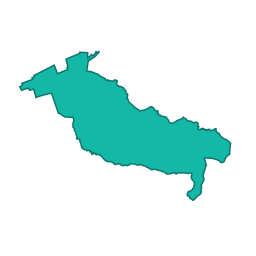 Tarlungeni, Brasov, Romania (orthographic projection), rotated 348°
{"feature_id": "2599482B11414107906146", "entity_name": "Tarlungeni", "entity_type": "district", "adm_level": 2, "iso_a3": "ROU", "parent_name": "Romania", "parent_adm1": "Brasov", "projection": "orthographic", "projection_center": [25.868, 45.603], "detail": "fine", "context": "isolated", "style": "filled", "palette": "teal", "viewbox_px": 256, "rotation_deg": 348, "n_neighbors": 0, "source": "geoboundaries", "source_scale": "gbopen_adm2", "svg_char_len": 5943}
<svg xmlns="http://www.w3.org/2000/svg" viewBox="0 0 256 256"><g transform="rotate(348 128 128)"><path d="M184.2,129.1L182.1,130.4L178.4,130.7L174.2,132.3L172.3,132.6L170.3,131.9L169.3,130.6L169.4,129.5L168.8,128.0L168.3,127.4L168.0,126.6L167.9,125.5L167.4,125.4L166.4,124.7L164.2,123.6L162.7,123.3L162.4,122.9L162.3,122.2L159.7,120.1L160.0,119.5L160.4,119.6L160.7,118.6L160.6,117.3L159.1,117.4L158.5,116.8L157.5,114.9L156.8,113.1L156.0,112.4L155.0,111.9L153.7,112.1L150.6,113.3L146.4,114.0L145.8,113.7L143.6,113.9L139.4,109.8L134.4,102.9L133.7,100.3L133.9,100.2L133.6,99.7L133.4,99.0L133.6,98.8L133.6,97.8L133.9,97.5L134.0,97.1L133.9,96.7L134.1,96.2L134.5,95.9L134.5,95.5L134.3,95.1L134.7,94.8L134.6,94.6L134.3,94.7L133.5,93.8L133.4,92.1L133.5,90.6L132.4,89.8L132.4,88.9L131.7,87.6L129.4,85.8L128.6,86.2L128.3,86.1L128.2,85.4L126.5,84.0L125.8,82.5L125.8,82.0L127.1,80.4L127.3,79.8L127.0,79.4L125.2,78.1L125.0,78.4L124.1,79.0L123.3,79.0L120.0,78.1L119.9,77.8L119.3,77.8L119.4,77.7L118.0,76.6L116.9,77.0L115.9,75.7L115.9,74.8L115.3,74.4L111.2,71.2L110.5,69.7L103.1,64.9L102.8,65.2L101.0,64.2L99.4,63.6L100.3,61.7L102.0,56.8L103.1,54.3L107.4,52.4L109.6,51.7L111.7,50.6L113.6,48.9L115.4,48.1L115.3,47.1L113.5,48.0L112.7,46.7L109.8,49.7L107.9,49.2L107.3,48.4L106.7,49.5L105.0,50.1L103.2,51.5L103.3,49.9L104.2,46.0L96.6,43.9L96.4,45.0L81.6,47.8L82.0,56.0L80.9,56.2L81.0,58.3L70.2,60.2L70.0,57.9L68.9,51.2L47.0,57.1L46.9,58.6L44.5,58.9L45.0,60.6L33.4,62.2L33.9,64.1L30.7,65.2L31.7,69.1L31.8,69.2L33.9,68.6L39.0,68.3L39.5,70.6L43.7,70.3L44.3,77.4L44.2,79.0L49.9,78.3L60.4,77.9L63.0,99.0L63.4,98.7L68.1,103.8L68.7,104.2L70.1,104.2L71.7,105.0L74.0,105.7L76.1,105.8L76.7,107.4L76.7,108.4L76.5,109.1L76.7,109.8L76.6,110.1L75.4,111.3L75.0,112.3L75.1,113.0L74.5,114.4L74.6,114.8L74.6,115.4L74.4,115.6L74.5,116.2L75.3,117.0L75.4,117.6L75.2,118.4L75.1,119.3L75.8,120.8L76.0,121.7L75.9,123.7L76.0,125.0L76.3,125.6L76.5,126.4L76.4,126.7L75.8,126.9L75.5,127.2L75.5,127.6L75.7,128.0L78.5,129.1L78.5,129.8L78.1,130.7L78.1,131.1L78.4,131.9L78.7,134.3L78.6,135.8L78.7,137.2L78.9,137.8L79.7,137.9L79.8,138.1L79.9,138.6L79.6,139.1L79.8,139.3L82.4,140.9L82.9,141.7L85.0,141.7L85.5,141.8L86.3,142.5L86.3,142.9L85.6,143.3L85.7,143.6L87.3,143.5L87.5,144.2L88.0,144.7L87.0,145.7L87.2,146.1L88.5,146.2L88.8,146.0L88.7,145.3L89.5,145.2L90.8,146.4L90.9,147.0L91.3,147.6L91.8,147.2L92.5,147.2L93.2,147.5L93.5,148.0L94.3,148.3L95.7,149.5L95.9,150.0L96.5,150.5L96.8,151.5L99.1,155.2L99.6,155.7L100.6,155.9L100.6,156.3L100.9,156.6L102.1,157.0L102.9,156.9L103.9,157.2L105.2,158.3L105.8,158.5L106.2,159.0L106.6,159.1L106.9,160.3L107.7,160.9L108.6,161.2L110.8,161.0L112.4,161.3L112.8,161.7L113.4,162.7L113.9,162.8L114.9,163.8L116.2,163.9L117.3,163.7L117.7,164.0L118.4,163.9L119.5,164.7L120.9,164.4L121.3,164.6L122.4,163.7L123.4,163.5L125.8,164.2L126.4,164.5L127.0,164.5L127.3,164.9L127.6,165.0L127.7,165.3L129.1,166.1L129.5,166.0L130.1,166.4L131.0,166.5L131.3,166.2L132.1,166.4L132.8,166.2L133.3,166.8L133.9,167.0L134.9,168.0L137.3,168.8L138.0,170.1L140.2,171.6L140.3,171.9L140.8,172.1L140.8,172.4L141.3,172.5L142.6,173.9L143.7,173.6L144.2,173.9L145.8,173.8L146.9,174.6L147.4,174.6L147.6,175.0L148.5,175.3L148.9,175.8L151.3,176.7L151.9,177.5L154.4,178.6L155.2,179.6L155.3,180.0L156.1,180.9L156.5,181.1L158.9,181.5L163.5,181.4L164.9,181.6L165.5,183.0L166.1,182.7L167.2,182.5L168.8,182.5L170.4,183.0L173.2,183.4L176.4,184.7L177.4,185.0L178.1,185.0L179.4,184.6L181.0,185.5L180.7,186.2L180.5,187.1L179.8,188.3L179.7,190.7L179.9,191.7L180.8,193.2L181.2,194.4L181.5,194.9L181.6,195.4L181.3,196.7L180.4,198.5L180.1,199.6L179.5,200.3L178.8,200.7L178.1,201.7L175.8,202.6L174.1,202.7L173.5,203.1L172.7,204.1L171.9,206.3L172.1,206.8L173.1,207.0L173.8,207.6L173.9,208.3L173.8,209.2L174.3,210.0L175.4,210.7L175.5,211.1L176.0,211.5L176.4,212.1L177.2,212.1L178.1,211.5L178.7,211.4L179.5,210.4L181.0,209.9L182.2,208.8L183.4,208.4L183.9,208.3L185.5,207.2L185.9,206.4L186.3,206.1L186.4,205.8L186.1,205.4L186.5,204.8L186.6,204.0L187.2,202.5L187.4,202.2L187.7,201.2L187.6,200.6L187.3,200.2L187.6,199.2L188.1,198.7L188.1,198.4L189.0,197.9L189.4,197.1L190.9,195.5L191.0,195.0L191.3,194.7L191.3,194.3L191.7,193.6L191.7,193.0L191.5,192.9L191.6,191.8L191.3,191.1L191.3,190.7L191.7,190.3L191.7,189.4L192.8,187.9L193.0,187.5L192.9,186.9L193.9,185.9L194.3,184.9L195.4,183.3L195.9,181.6L197.0,180.8L196.9,180.5L196.3,180.1L196.3,179.7L196.7,179.2L196.7,176.5L196.2,174.8L196.5,174.3L196.3,173.9L196.4,173.5L197.0,173.3L199.2,173.8L201.0,174.4L201.6,174.3L203.1,175.0L204.4,175.2L204.9,175.7L206.7,176.4L207.3,177.0L209.1,177.9L210.3,179.0L211.2,180.4L212.0,181.3L212.8,181.4L213.3,181.1L214.5,181.2L215.3,180.5L216.2,179.0L217.5,177.5L219.8,175.5L220.5,175.2L221.1,175.4L222.0,174.7L222.4,173.2L222.5,172.2L222.9,171.7L223.0,171.1L223.3,168.8L224.0,167.9L224.3,167.2L224.3,166.2L224.5,165.7L225.3,164.9L225.2,164.5L224.5,163.5L224.2,162.5L223.6,162.0L223.5,161.7L222.8,161.4L221.9,159.9L219.4,158.4L218.0,156.5L217.4,156.2L216.8,154.8L216.4,154.5L216.5,153.9L216.1,152.8L216.1,152.3L215.1,151.8L214.6,150.9L214.1,150.7L213.6,150.1L213.5,149.7L213.7,149.4L213.5,149.1L213.5,148.6L213.9,147.9L213.9,147.0L212.9,146.9L211.8,147.5L211.2,147.4L210.4,148.0L209.0,147.8L207.6,147.1L207.3,146.6L207.4,146.3L206.1,146.0L204.6,146.8L204.5,146.6L204.1,146.5L204.4,146.0L204.1,145.8L203.5,146.0L203.1,145.6L202.7,145.8L202.3,145.7L202.1,145.0L202.2,144.7L202.0,144.4L201.3,144.7L201.1,144.4L201.3,144.2L200.8,144.4L200.8,144.1L200.4,143.7L200.0,143.9L199.9,144.2L199.7,144.3L199.3,144.0L198.6,144.5L198.5,144.3L198.1,144.2L196.9,144.4L196.3,144.1L196.0,143.8L197.3,141.7L197.1,141.7L197.2,141.2L196.5,141.2L196.4,141.0L196.9,140.7L196.9,140.4L196.8,139.8L197.1,139.6L197.4,138.5L197.1,137.1L195.4,136.3L194.6,136.3L193.5,136.7L192.9,136.6L191.5,134.8L190.3,134.2L188.9,133.9L187.9,133.3L186.8,131.9L186.6,131.1L185.7,130.2L184.5,129.9L184.2,129.4L184.2,129.1Z" fill="#14b8a6" stroke="#0f766e" stroke-width="1.5"/></g></svg>